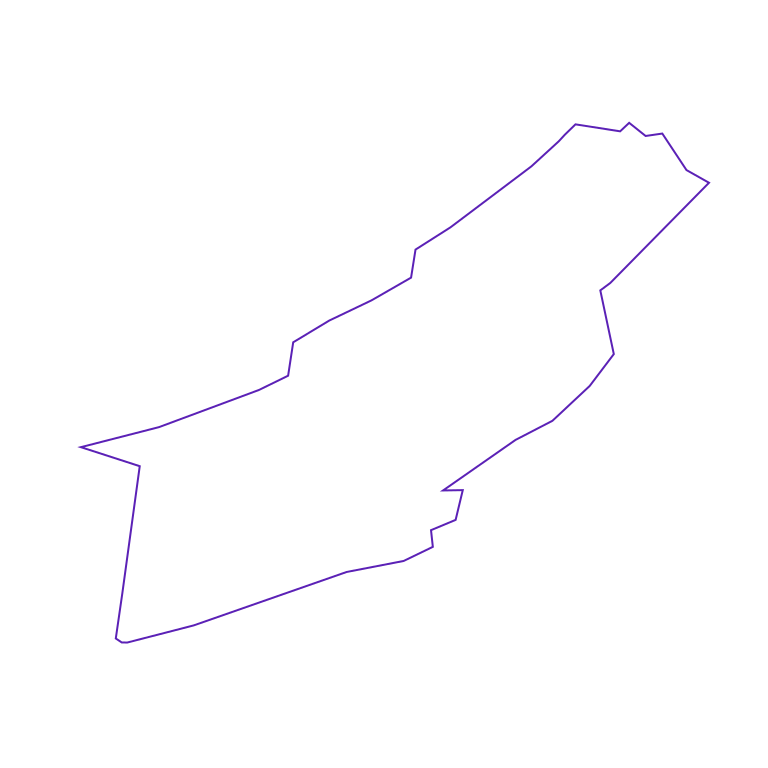 outline of Mifflin, Pennsylvania, United States of America, rotated 189°
{"feature_id": "52423323B27550488562825", "entity_name": "Mifflin", "entity_type": "district", "adm_level": 2, "iso_a3": "USA", "parent_name": "United States of America", "parent_adm1": "Pennsylvania", "projection": "orthographic", "projection_center": [-77.632, 40.604], "detail": "fine", "context": "isolated", "style": "outline", "palette": "violet", "viewbox_px": 768, "rotation_deg": 189, "n_neighbors": 0, "source": "geoboundaries", "source_scale": "gbopen_adm2", "svg_char_len": 642}
<svg xmlns="http://www.w3.org/2000/svg" viewBox="0 0 768 768"><g transform="rotate(189 384 384)"><path d="M673.5,274.2L612.4,264.6L609.7,135.9L609.1,90.7L602.6,87.7L597.1,88.5L534.2,115.8L391.5,192.5L336.9,212.3L310.3,230.8L314.7,247.0L292.0,261.0L289.6,291.5L309.0,288.1L245.3,349.4L211.9,374.0L180.5,414.3L161.7,449.5L185.0,510.3L176.3,519.2L94.5,633.6L118.7,642.6L148.3,674.9L164.4,669.9L182.7,680.3L190.3,670.5L235.5,670.4L244.4,658.5L249.4,651.0L272.5,622.0L342.9,549.1L373.9,521.7L373.9,493.3L409.5,464.6L448.0,438.1L480.2,411.0L480.0,377.2L506.5,358.6L599.5,306.2L673.5,274.2Z" fill="none" stroke="#5b21b6" stroke-width="2"/></g></svg>